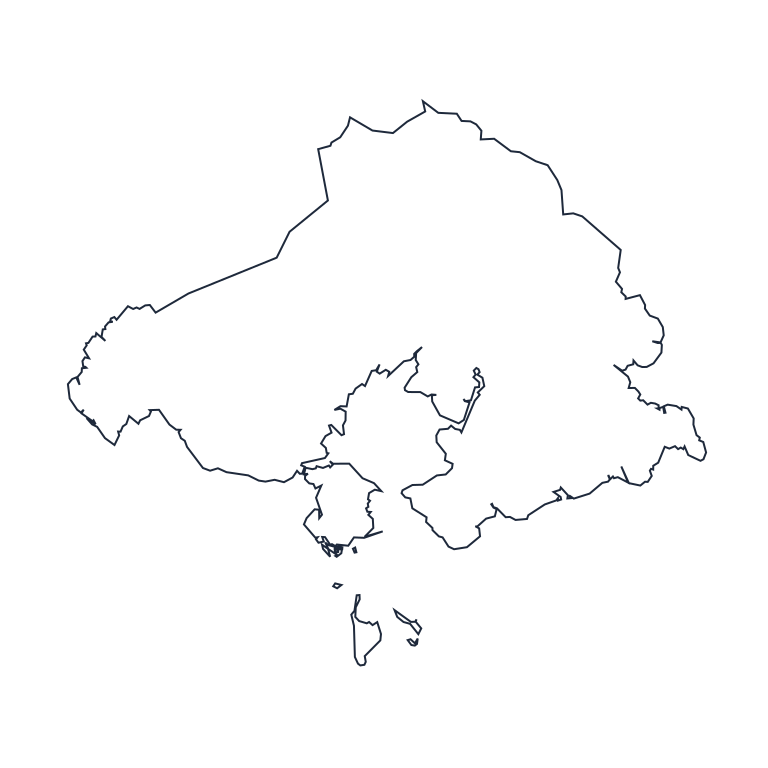 Madolenihmw, Pohnpei, Federated States of Micronesia, rotated 85°
{"feature_id": "79324940B7707198476683", "entity_name": "Madolenihmw", "entity_type": "district", "adm_level": 2, "iso_a3": "FSM", "parent_name": "Federated States of Micronesia", "parent_adm1": "Pohnpei", "projection": "mercator", "projection_center": [158.314, 6.859], "detail": "fine", "context": "isolated", "style": "outline", "palette": "slate", "viewbox_px": 768, "rotation_deg": 85, "n_neighbors": 0, "source": "geoboundaries", "source_scale": "gbopen_adm2", "svg_char_len": 6146}
<svg xmlns="http://www.w3.org/2000/svg" viewBox="0 0 768 768"><g transform="rotate(85 384 384)"><path d="M284.2,632.3L296.7,644.8L293.8,646.8L295.0,650.4L297.5,651.3L298.4,648.8L298.6,653.0L302.4,656.9L305.0,656.8L305.1,659.4L312.5,661.3L316.8,657.8L308.2,666.2L311.5,667.3L311.4,670.2L317.3,674.9L317.5,677.3L319.6,676.8L323.6,680.1L332.7,675.6L331.4,679.6L334.9,682.4L340.3,682.1L340.9,680.0L341.9,679.1L342.0,683.6L345.7,684.1L350.3,688.7L358.3,687.3L350.6,690.0L351.9,694.2L356.6,698.9L371.1,698.4L382.9,691.9L386.0,688.4L383.4,685.4L386.9,687.9L395.7,677.5L394.8,676.5L398.9,674.8L392.0,683.3L398.8,678.3L401.7,673.5L413.6,666.7L421.3,657.8L412.1,652.3L408.2,653.0L408.5,650.6L403.5,647.9L401.4,644.2L393.7,640.7L402.2,632.1L398.9,630.1L395.4,620.9L391.1,618.6L389.6,619.7L390.1,610.4L405.7,601.3L411.4,595.0L411.9,590.7L414.0,592.8L420.3,591.0L423.2,587.4L429.5,585.7L451.9,571.7L455.2,564.8L453.5,556.8L458.1,548.6L463.2,527.2L469.3,517.2L470.9,510.6L469.9,501.3L473.1,492.2L469.2,483.2L462.9,478.2L466.1,475.7L466.2,473.3L459.5,470.2L457.8,473.6L455.7,472.6L452.6,449.3L448.2,445.5L447.6,447.1L442.6,447.5L437.8,451.9L430.8,446.8L427.9,440.5L420.6,442.4L420.2,440.1L431.3,430.8L430.5,428.2L421.6,428.5L417.0,425.5L408.2,424.6L404.8,429.6L405.5,435.7L402.3,429.3L403.1,423.2L391.2,419.9L391.0,415.9L386.1,412.7L382.1,405.9L384.4,403.1L369.9,395.1L369.6,390.6L364.1,386.7L371.1,390.1L373.3,387.4L370.0,381.0L372.3,377.7L376.4,379.2L363.1,362.2L362.4,355.5L359.5,351.5L356.6,351.3L354.2,348.4L350.5,342.9L356.0,349.3L362.9,350.3L367.4,348.0L370.0,350.5L375.0,349.8L379.6,356.2L389.5,363.8L392.0,363.6L394.1,360.6L395.2,348.5L400.2,341.5L398.6,337.6L399.4,332.8L399.4,337.3L405.6,337.5L420.1,331.0L429.7,313.1L426.8,307.6L409.8,300.4L408.1,305.0L405.9,306.1L408.2,304.4L407.8,298.8L395.3,293.6L395.3,289.6L390.7,288.9L385.0,294.3L382.6,291.9L378.5,293.4L376.1,290.6L377.5,288.6L380.5,287.7L382.8,290.2L386.3,285.4L394.9,284.3L400.6,291.3L403.1,289.6L408.5,295.0L439.0,311.1L436.3,312.4L435.0,317.0L431.3,320.8L434.2,324.2L434.2,332.6L439.9,336.4L446.6,336.6L458.9,328.5L465.3,330.0L469.5,322.6L473.8,323.6L479.5,330.4L479.7,339.3L487.7,354.2L487.1,364.5L491.5,374.8L494.3,376.0L498.8,372.7L500.3,367.7L510.3,366.6L520.5,353.2L525.1,354.1L531.6,348.3L533.8,348.4L540.6,342.6L541.9,339.0L551.6,333.9L554.7,328.6L553.8,315.6L544.1,301.6L536.1,301.8L533.7,305.4L534.1,303.5L527.0,294.0L525.5,285.1L518.4,282.7L516.7,285.7L513.2,287.6L512.8,286.8L516.2,285.7L517.7,282.3L527.3,274.4L527.4,270.1L530.9,264.8L530.9,253.3L527.3,251.7L518.0,234.3L515.0,222.6L512.9,220.7L515.3,220.8L514.5,217.6L511.9,217.9L506.3,224.5L504.8,217.8L502.5,216.9L510.8,210.5L514.0,211.3L514.0,207.7L511.1,209.3L514.7,204.9L511.1,188.7L501.5,175.1L500.8,169.3L498.6,167.3L495.1,168.5L494.2,168.4L498.7,167.1L496.1,164.0L497.9,163.1L497.2,159.2L503.5,149.4L486.8,154.8L504.1,148.7L507.5,137.5L504.1,132.5L504.5,129.8L498.9,125.3L493.5,126.7L491.8,125.4L492.7,123.3L488.9,122.9L486.3,117.7L471.0,109.8L473.2,105.4L471.3,99.5L474.5,96.7L473.2,93.9L475.0,91.5L472.4,90.0L481.3,87.1L488.1,75.4L486.8,72.3L480.3,69.1L469.6,71.0L467.6,74.9L464.9,74.1L462.2,77.1L451.4,79.3L445.3,78.5L434.9,83.4L432.8,89.4L435.4,89.9L431.5,94.6L429.3,103.2L430.6,107.2L437.1,106.1L437.2,107.4L431.1,107.9L432.0,111.6L433.6,111.8L432.2,113.9L432.2,112.5L429.1,112.3L427.1,115.6L426.0,119.8L427.5,123.3L422.8,127.2L422.9,130.1L420.5,132.1L416.8,129.6L413.7,131.2L409.8,134.4L409.3,140.6L403.7,138.5L397.9,140.3L385.0,153.6L391.5,145.6L390.7,142.1L387.1,139.7L386.1,134.0L382.3,133.4L387.5,129.7L389.6,125.3L389.9,120.8L386.9,113.7L376.9,104.9L369.3,103.8L367.2,104.7L367.0,107.8L364.8,113.0L366.7,104.9L359.9,101.1L351.6,101.3L342.7,105.5L339.0,113.3L331.6,117.5L328.1,117.0L317.8,121.3L320.3,135.9L317.9,135.6L313.3,139.6L310.0,138.6L302.3,144.1L293.3,139.2L288.8,140.6L271.1,136.5L234.3,171.9L230.5,180.6L230.7,190.7L206.3,190.3L195.9,193.6L180.3,201.9L175.3,213.4L164.9,228.5L163.2,237.3L149.3,252.9L148.8,266.3L140.2,264.9L133.4,269.5L129.9,275.0L128.7,283.8L121.1,287.9L118.6,306.3L105.7,320.6L116.1,319.2L124.7,338.1L134.8,353.2L130.5,373.4L115.4,394.6L123.5,397.4L134.4,406.1L138.9,415.3L142.0,416.6L144.3,429.1L196.3,423.9L224.1,464.8L248.8,479.9L276.8,570.9L293.0,605.3L284.9,610.4L284.9,615.0L287.9,621.0L286.2,623.8L287.4,627.4L284.2,632.3ZM491.4,408.4L488.5,402.4L490.5,396.0L481.9,402.6L476.0,413.6L460.3,425.6L459.0,441.7L456.2,444.7L459.9,442.0L462.4,444.9L460.4,446.0L462.3,452.1L460.0,458.3L462.1,459.3L462.6,462.7L460.6,469.4L467.0,471.6L466.8,467.6L468.6,470.6L471.8,471.0L476.5,467.1L477.5,463.0L482.1,461.4L479.7,455.3L491.4,461.6L508.8,457.2L512.0,460.2L503.6,459.6L502.8,464.0L510.9,472.8L516.9,476.0L531.1,465.8L530.9,463.5L532.8,465.3L536.4,463.1L535.7,457.7L531.0,458.9L531.4,456.1L539.5,451.6L539.0,449.8L541.3,446.5L539.8,445.0L542.0,433.7L534.2,427.3L535.5,417.2L530.7,398.1L534.5,416.6L526.5,407.2L517.4,406.9L513.0,411.0L510.3,408.4L509.8,411.7L506.3,412.7L505.0,410.3L501.7,410.6L499.1,408.1L497.5,410.0L491.4,408.4ZM639.1,410.0L632.8,408.8L620.6,411.5L623.2,416.4L619.8,419.6L620.9,422.0L618.0,429.4L613.5,432.9L604.0,431.6L596.4,427.0L592.1,426.8L592.1,429.6L607.4,433.2L610.9,436.7L622.2,435.0L653.4,436.8L660.3,434.3L662.3,432.1L662.0,428.0L659.2,426.4L653.4,426.9L639.1,410.0ZM630.7,368.2L623.5,373.2L621.3,372.1L623.6,373.7L623.3,378.0L610.2,393.2L617.2,391.1L622.8,385.3L625.2,378.9L636.2,371.6L630.7,368.2ZM552.0,446.2L548.9,441.3L545.1,440.3L544.7,444.1L547.4,444.3L547.8,446.5L547.2,447.4L543.9,447.6L542.1,446.8L539.5,453.7L536.8,456.3L543.6,453.8L550.5,445.3L551.1,447.3L552.0,446.2ZM645.8,373.8L640.5,372.6L645.0,375.8L640.6,379.8L641.2,382.7L646.4,379.5L647.3,376.1L645.8,373.8ZM551.4,452.7L543.4,454.1L538.7,459.7L543.0,459.1L551.4,452.7ZM581.1,452.2L583.4,448.5L580.5,443.9L578.4,450.0L581.1,452.2ZM549.2,426.2L544.4,427.0L545.4,429.3L549.4,428.0L549.2,426.2ZM547.6,446.5L547.3,444.5L544.7,444.4L544.5,446.8L547.6,446.5ZM543.7,446.6L544.2,444.2L542.2,443.9L541.6,446.0L543.7,446.6ZM542.5,442.3L544.3,442.6L544.8,440.0L543.1,439.7L542.5,442.3ZM540.8,442.9L542.3,443.1L541.6,441.8L540.8,442.9Z" fill="none" stroke="#1e293b" stroke-width="2"/></g></svg>